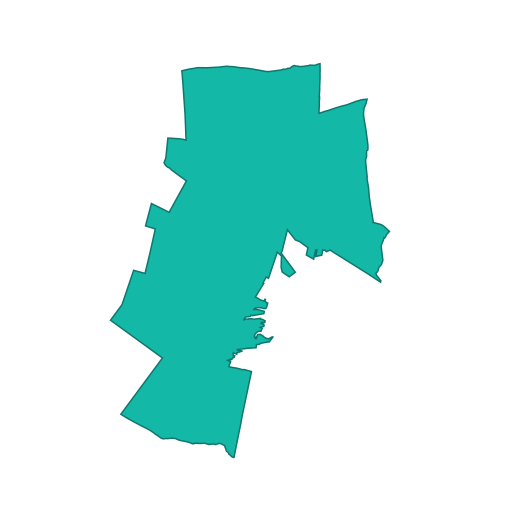 the district of Munteni, Galati, Romania, rotated 103°
{"feature_id": "2599482B8174153692428", "entity_name": "Munteni", "entity_type": "district", "adm_level": 2, "iso_a3": "ROU", "parent_name": "Romania", "parent_adm1": "Galati", "projection": "orthographic", "projection_center": [27.478, 45.925], "detail": "fine", "context": "isolated", "style": "filled", "palette": "teal", "viewbox_px": 512, "rotation_deg": 103, "n_neighbors": 0, "source": "geoboundaries", "source_scale": "gbopen_adm2", "svg_char_len": 6065}
<svg xmlns="http://www.w3.org/2000/svg" viewBox="0 0 512 512"><g transform="rotate(103 256 256)"><path d="M457.8,232.1L442.4,232.6L423.1,233.1L415.1,233.5L369.6,234.4L369.3,241.7L369.8,243.7L369.6,249.3L369.9,254.0L370.0,257.4L369.1,257.7L367.0,257.2L364.8,256.9L364.3,259.0L364.0,260.2L363.5,259.3L363.1,257.6L362.2,257.7L362.1,256.9L362.3,256.4L361.6,256.2L360.9,255.6L360.0,255.7L359.6,255.4L359.4,254.4L358.0,254.3L357.9,255.8L356.4,256.3L355.4,256.4L356.0,252.7L354.8,253.0L351.6,247.8L352.1,252.8L351.3,253.1L347.7,243.0L345.4,235.3L342.2,235.6L341.3,232.9L340.0,231.7L337.6,226.3L336.7,223.7L331.2,221.3L331.1,221.9L331.5,222.5L333.8,224.9L333.9,227.7L332.7,231.0L332.0,231.5L332.0,232.5L331.3,234.1L332.2,236.8L336.5,237.3L336.6,238.0L335.1,237.8L335.2,238.7L335.2,239.3L334.2,239.6L333.7,239.3L333.0,239.4L332.1,239.2L330.5,238.3L329.0,237.0L328.1,234.1L326.7,234.0L325.3,233.7L324.6,235.7L322.9,232.6L321.9,232.5L320.8,233.1L320.6,235.9L319.5,235.9L319.0,232.9L318.8,232.5L317.8,232.5L317.2,232.5L316.3,235.4L316.5,237.5L315.8,237.6L317.0,241.1L317.8,243.2L318.1,243.9L318.1,245.6L318.7,248.4L318.8,248.8L318.9,249.1L319.5,249.4L319.5,250.8L319.9,252.0L321.0,253.2L320.9,253.5L319.0,252.8L318.3,252.8L317.8,252.4L316.2,248.0L314.9,247.7L314.9,245.9L313.6,242.9L310.4,235.4L308.1,235.4L307.8,241.8L308.1,244.1L308.7,246.1L308.4,246.1L308.1,245.9L307.6,245.4L306.6,244.6L306.4,243.5L305.9,242.7L305.7,242.1L305.6,241.4L305.6,240.4L305.1,239.2L305.5,238.2L305.5,237.3L305.2,235.4L304.9,234.7L304.6,234.4L302.9,234.1L300.4,234.0L299.2,234.0L299.1,234.4L299.2,235.0L299.1,235.5L298.8,235.9L298.4,236.1L298.2,236.5L298.1,237.2L296.2,237.0L296.1,237.5L298.0,237.8L297.9,238.7L297.9,240.6L297.8,241.7L297.4,243.0L297.2,243.6L296.8,244.5L296.5,245.6L296.2,247.4L281.0,242.3L280.8,243.1L274.3,241.4L274.9,238.8L247.4,236.1L250.4,231.1L255.3,230.2L261.3,229.0L265.7,226.9L268.8,219.0L263.8,214.7L263.0,214.0L247.4,232.3L247.0,232.0L246.6,231.9L244.8,231.6L239.1,231.6L234.9,231.5L223.4,231.3L231.5,221.3L232.2,216.6L236.2,207.3L243.7,207.2L246.1,199.1L236.7,199.2L236.4,198.0L243.0,197.6L240.4,192.1L235.4,192.3L234.8,190.0L235.5,189.2L235.9,188.1L234.4,186.3L234.1,185.8L233.6,185.2L248.6,141.8L253.5,128.8L252.1,128.7L247.7,134.1L246.7,134.8L245.7,135.3L244.6,134.4L243.0,133.8L242.5,133.8L241.8,133.9L241.0,133.9L240.3,133.7L239.1,133.6L238.0,132.8L237.2,132.4L235.7,131.8L233.6,131.6L231.6,131.4L225.9,133.5L220.2,135.6L218.7,136.2L218.0,136.3L217.3,136.3L215.2,136.0L212.8,135.6L211.7,135.5L209.3,135.3L209.5,134.7L208.7,134.3L208.0,134.0L207.2,133.9L206.1,133.6L205.3,133.3L204.7,133.1L204.1,132.8L203.9,132.6L203.2,132.1L202.9,131.9L202.4,131.7L202.1,131.5L198.4,137.9L197.9,139.0L197.8,139.4L197.6,139.9L197.4,140.5L197.3,141.1L197.2,141.8L197.1,143.8L197.0,149.5L196.7,149.5L196.3,149.5L195.6,149.7L180.7,155.9L174.2,158.4L173.9,158.6L163.3,162.0L155.6,165.3L154.4,165.3L140.1,170.2L137.2,170.9L135.5,170.7L134.4,170.6L132.4,171.0L131.8,171.3L129.2,171.7L128.4,171.8L127.6,170.9L126.1,171.1L123.1,171.8L119.5,173.1L108.5,177.2L99.2,181.1L96.9,182.0L95.9,182.4L94.9,182.7L94.0,183.0L92.4,183.4L90.0,183.7L87.8,184.0L84.5,183.4L82.5,183.1L81.3,183.1L78.2,183.0L79.1,185.8L79.2,186.2L80.7,189.6L81.3,190.4L82.6,192.9L83.0,193.7L84.3,195.5L86.5,198.9L87.4,200.1L88.9,202.7L90.4,205.7L93.8,211.7L97.9,218.3L99.6,221.5L100.2,222.5L101.8,224.9L102.8,226.7L99.2,227.5L95.8,228.0L92.9,228.7L90.5,229.2L89.0,229.3L86.9,229.8L87.0,230.1L81.8,231.0L79.8,231.3L76.4,232.1L67.9,233.7L63.3,234.8L61.1,235.2L54.2,236.9L55.3,239.0L57.0,241.6L57.9,246.6L58.5,247.2L60.7,252.9L61.0,254.2L61.4,255.0L61.5,255.2L61.6,257.2L61.6,258.2L62.0,260.0L61.7,261.2L62.3,262.4L63.1,263.4L65.3,265.1L66.2,267.7L66.6,268.0L66.8,268.3L67.3,269.0L67.7,270.1L67.7,271.2L69.1,273.4L73.1,284.0L73.9,287.1L74.1,291.0L74.3,295.5L74.6,299.6L74.5,299.9L74.8,304.5L75.4,309.7L76.1,313.8L76.6,320.5L77.1,323.3L77.3,324.3L77.6,327.0L78.7,330.2L80.2,334.3L83.6,346.1L85.6,355.2L86.6,357.5L89.2,363.8L92.2,369.9L100.9,367.1L133.2,357.2L158.8,350.2L158.7,353.5L159.2,358.2L160.9,368.4L179.9,366.0L181.0,365.9L185.7,366.6L187.9,364.6L189.2,362.4L189.8,359.8L191.3,357.5L198.5,340.7L233.0,350.5L228.4,369.7L251.5,370.4L252.3,360.2L276.7,360.0L297.9,360.2L297.5,372.0L333.6,375.6L351.3,383.3L376.4,324.2L421.0,343.6L440.6,352.1L443.3,344.1L445.8,335.0L447.4,329.0L448.7,323.5L449.1,322.2L449.3,321.4L449.4,320.9L450.6,317.7L451.4,315.4L451.7,315.1L451.9,314.7L452.1,314.5L452.2,314.2L452.4,313.3L453.3,311.1L453.9,309.7L454.6,308.0L454.9,306.8L455.0,305.7L454.9,304.9L454.9,304.5L454.5,304.0L454.2,303.1L454.0,302.5L454.0,302.0L453.9,301.3L453.4,299.8L452.8,298.3L452.4,297.1L452.2,295.7L452.2,295.1L452.1,294.5L452.0,293.9L452.0,293.4L452.2,292.4L452.4,291.4L452.6,290.7L452.7,289.5L452.8,287.6L452.7,286.2L452.6,285.4L452.6,282.5L452.6,281.4L452.7,279.0L452.7,278.7L452.8,278.3L452.8,277.9L452.9,277.6L452.9,277.2L453.0,276.8L453.2,276.3L453.2,275.9L453.2,275.5L453.1,274.9L452.9,274.2L452.3,274.1L452.1,273.0L451.8,271.6L451.6,270.7L451.5,269.8L451.5,269.6L451.4,269.0L451.2,267.9L450.9,267.2L450.4,265.5L450.0,264.5L449.9,264.1L449.9,263.9L450.0,263.1L450.1,262.5L450.1,262.0L450.1,261.6L450.2,261.1L450.3,260.8L450.2,260.5L450.2,260.2L450.3,260.0L450.3,259.6L450.2,259.2L449.9,259.0L449.9,258.7L449.9,258.3L449.6,257.8L449.5,257.4L449.1,256.7L449.0,256.1L448.8,255.4L448.8,254.7L448.9,254.1L448.9,253.7L448.7,253.0L448.5,252.5L448.4,252.3L448.0,251.6L447.4,250.7L447.0,250.0L446.8,249.5L446.8,249.2L446.8,248.4L446.8,247.7L446.9,247.3L447.2,246.3L447.4,245.7L447.4,245.4L447.5,245.0L447.6,244.6L447.9,243.9L448.3,243.5L448.5,243.4L448.9,243.4L449.1,243.3L449.4,243.0L449.7,242.8L450.0,242.6L450.8,242.0L451.5,241.6L452.0,241.4L452.4,241.2L452.7,240.9L453.1,240.2L453.6,239.2L453.8,238.7L454.1,238.4L454.3,238.3L454.8,238.1L455.1,237.9L455.3,237.6L455.4,237.1L455.6,236.7L455.8,236.3L456.1,236.1L456.3,235.8L456.5,235.2L456.7,234.9L456.9,234.5L457.2,234.1L457.2,233.7L457.2,233.3L457.2,233.1L457.4,232.8L457.6,232.4L457.7,232.1L457.8,232.1Z" fill="#14b8a6" stroke="#0f766e" stroke-width="1.5"/></g></svg>